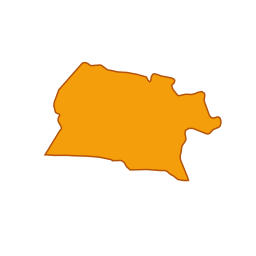 outline of Nyanga, rotated 320°
{"feature_id": "GAB-2623", "entity_name": "Nyanga", "entity_type": "Province", "adm_level": 1, "iso_a3": "GAB", "parent_name": "Gabon", "parent_adm1": "", "projection": "natural_earth1", "projection_center": [11.138, -3.095], "detail": "fine", "context": "isolated", "style": "filled", "palette": "amber", "viewbox_px": 256, "rotation_deg": 320, "n_neighbors": 0, "source": "natural_earth", "source_scale": "10m", "svg_char_len": 1837}
<svg xmlns="http://www.w3.org/2000/svg" viewBox="0 0 256 256"><g transform="rotate(320 128 128)"><path d="M174.8,100.8L174.0,104.4L174.4,106.6L175.8,106.3L179.1,103.6L181.4,102.8L183.0,103.4L184.3,105.1L187.1,109.8L193.3,117.4L194.5,119.6L194.5,121.6L192.5,123.0L190.6,123.3L189.5,123.1L188.7,123.7L187.6,126.1L187.2,127.7L187.1,134.2L187.0,134.7L187.1,135.1L187.8,135.9L188.4,136.4L193.0,138.7L194.7,139.9L198.0,143.0L201.0,144.6L204.8,145.8L207.9,147.5L208.8,150.5L207.7,152.5L204.2,155.6L203.1,157.8L198.5,170.5L198.3,172.6L199.1,174.6L200.7,175.8L202.6,176.5L204.2,177.4L204.8,179.4L204.1,181.6L202.7,183.5L201.0,185.0L199.5,185.7L199.3,185.8L197.8,185.7L193.2,184.2L191.5,184.0L187.1,184.6L185.4,183.9L184.0,182.2L177.6,170.2L174.6,167.5L170.5,166.8L168.3,168.6L166.7,171.5L164.9,174.2L161.8,175.4L158.5,176.2L155.9,178.0L153.5,180.3L150.7,182.4L148.6,184.5L147.3,187.4L141.9,204.2L140.6,207.0L139.1,205.8L137.1,204.3L133.1,199.5L131.9,193.5L131.1,191.8L130.6,190.1L130.3,188.3L130.1,186.1L128.5,183.9L125.7,181.6L115.8,171.9L102.7,161.5L102.1,157.2L102.2,155.8L102.6,154.2L102.9,152.1L102.6,150.2L101.8,148.5L100.7,147.4L98.9,146.2L96.5,144.1L95.2,143.3L94.8,141.5L91.8,137.6L90.7,136.1L89.2,134.3L87.0,131.6L78.5,123.2L68.1,113.9L64.0,110.0L53.5,101.2L48.6,96.4L47.2,95.2L50.2,94.2L50.3,94.2L74.3,86.1L75.9,86.1L76.7,85.7L77.5,84.3L77.8,83.2L78.5,79.3L78.8,78.3L79.4,77.2L80.2,76.3L81.6,75.2L82.7,74.8L83.5,74.5L84.1,74.1L84.1,73.4L84.0,72.7L82.8,70.6L82.6,69.7L82.8,68.7L83.3,67.6L84.3,66.0L85.2,63.7L87.9,61.0L99.5,54.3L134.6,49.0L135.8,49.4L136.7,50.0L137.5,50.7L138.1,51.6L138.6,52.5L138.8,53.4L139.0,54.4L139.2,55.3L139.6,56.2L140.3,56.9L147.0,61.7L147.7,62.6L148.1,63.5L149.6,70.0L150.0,70.8L151.5,72.4L156.2,78.5L162.6,84.5L169.1,92.3L174.8,100.7L174.8,100.8Z" fill="#f59e0b" stroke="#b45309" stroke-width="1.5"/></g></svg>